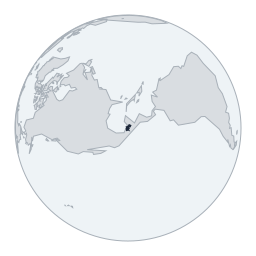 Tabasco highlighted on a globe, orthographic projection, rotated 293°
{"feature_id": "MEX-2725", "entity_name": "Tabasco", "entity_type": "State", "adm_level": 1, "iso_a3": "MEX", "parent_name": "Mexico", "parent_adm1": "", "projection": "orthographic", "projection_center": [-92.753, 17.95], "detail": "medium", "context": "on_globe", "style": "filled", "palette": "slate", "viewbox_px": 256, "rotation_deg": 293, "n_neighbors": 0, "source": "natural_earth", "source_scale": "10m", "svg_char_len": 9149}
<svg xmlns="http://www.w3.org/2000/svg" viewBox="0 0 256 256"><g transform="rotate(293 128 128)"><circle cx="128" cy="128" r="113" fill="#eef3f6" stroke="#a8b0b8"/><path d="M156.0,145.7L153.4,144.8L151.0,148.2L141.7,143.4L138.1,137.0L108.1,126.7L104.6,123.3L104.1,117.7L92.1,98.9L98.3,116.4L94.0,112.9L90.2,106.6L91.9,105.1L88.8,96.0L84.7,92.4L82.9,81.2L88.3,67.8L89.9,70.0L91.0,66.8L89.0,64.0L87.5,63.0L88.7,50.8L83.5,44.2L78.5,45.2L82.2,42.9L70.6,47.2L65.6,47.1L73.3,45.4L75.6,44.0L73.2,42.9L75.1,41.2L75.1,39.8L77.6,38.1L81.8,37.6L83.5,36.6L81.7,35.9L83.1,34.0L85.4,35.1L88.1,31.9L95.7,31.4L100.0,37.1L106.2,36.5L116.0,41.9L117.1,40.4L121.5,41.9L124.5,40.9L125.4,42.5L127.0,40.3L125.5,39.0L125.7,37.7L127.3,37.1L128.8,38.9L128.2,39.5L129.5,39.8L129.6,41.0L130.5,40.1L132.1,42.6L132.9,39.2L136.2,40.6L136.6,42.5L133.4,43.4L126.6,51.2L126.0,54.1L128.5,56.9L139.7,59.6L140.4,62.5L143.7,65.7L144.7,63.4L142.6,60.1L145.3,57.0L142.3,53.8L143.0,52.1L141.2,48.7L144.9,48.2L149.4,49.7L151.1,52.6L153.2,53.5L154.3,50.0L160.1,55.3L168.5,58.7L169.7,60.4L166.9,64.3L160.0,65.5L156.4,71.9L162.2,66.9L164.9,71.8L166.8,72.3L168.7,71.7L169.0,69.6L170.6,71.3L165.6,76.5L164.0,75.1L165.6,73.3L162.4,74.1L159.0,78.3L160.6,80.7L153.7,85.4L154.8,87.4L153.9,89.7L152.7,86.2L154.8,92.7L147.0,101.1L149.8,113.0L143.3,104.2L138.8,103.5L133.4,104.1L133.7,106.1L126.1,105.0L119.9,109.4L118.7,119.0L122.1,126.2L130.5,126.2L132.5,122.0L138.4,120.8L135.2,132.0L145.6,132.8L145.2,141.0L148.4,145.0L153.3,143.4L158.5,144.9L161.9,139.8L167.4,136.6L168.0,143.1L170.7,136.7L174.0,139.4L184.8,137.4L184.1,139.0L193.2,144.9L202.3,146.1L204.5,150.2L203.4,153.4L206.4,153.4L206.5,155.2L217.6,154.3L222.6,156.8L222.0,163.1L216.9,172.0L210.1,187.9L200.4,195.3L196.5,201.4L186.4,210.8L180.7,211.6L180.9,214.8L176.5,217.6L172.4,218.5L170.5,221.0L167.4,221.6L168.6,222.8L161.9,226.4L161.9,228.5L156.6,231.1L156.6,232.1L155.2,232.3L153.4,232.9L152.6,233.5L149.1,233.0L149.9,230.4L152.6,228.8L150.7,228.7L156.5,224.3L153.9,225.4L157.5,218.9L162.6,212.7L168.7,194.4L167.0,190.9L159.4,187.3L150.3,173.3L153.3,166.8L151.1,164.0L158.3,154.2L156.0,145.7ZM33.1,108.2L33.8,105.6L34.2,107.5L33.1,108.2ZM33.6,103.9L33.5,104.8L33.5,104.0L33.6,103.9ZM33.2,103.1L33.5,103.7L33.1,103.3L33.2,103.1ZM32.6,102.5L33.0,102.8L32.9,102.8L32.6,102.5ZM149.8,117.2L161.7,121.7L155.4,123.1L156.5,122.0L153.4,119.9L147.8,118.2L142.1,120.0L149.8,117.2ZM32.0,100.8L31.9,100.3L32.3,100.2L32.0,100.8ZM154.0,110.0L151.9,109.8L153.8,109.6L154.0,110.0ZM86.5,62.8L88.8,64.2L89.8,67.5L87.7,66.5L86.5,62.8ZM84.9,57.0L86.5,57.0L85.1,60.0L84.6,59.1L84.9,57.0ZM74.5,46.5L76.0,47.0L73.9,47.1L74.5,46.5ZM74.6,40.0L73.6,40.4L74.0,39.6L74.6,40.0ZM139.3,49.3L140.3,49.0L140.1,49.8L139.3,49.3ZM137.7,48.1L136.8,49.2L135.9,48.9L136.5,48.2L137.7,48.1ZM78.2,36.1L79.2,34.8L78.9,36.1L78.2,36.1ZM138.9,46.9L134.4,48.1L132.8,47.5L133.5,44.5L138.9,46.9ZM80.2,34.0L82.5,31.0L80.4,31.6L87.6,28.6L83.3,31.9L83.3,33.3L81.9,33.1L80.2,34.0ZM124.4,39.0L126.0,40.3L123.1,39.8L124.4,39.0ZM122.5,39.0L113.5,40.2L111.9,38.1L115.3,38.1L112.0,36.2L115.7,34.6L118.3,35.3L118.6,36.8L119.7,35.1L122.5,39.0ZM91.2,27.6L92.4,26.9L92.0,27.5L91.2,27.6ZM125.5,37.2L123.9,37.5L122.4,35.7L125.5,34.8L125.0,35.6L125.5,37.2ZM109.4,36.5L108.8,35.2L111.6,33.5L111.8,32.8L115.6,34.4L109.4,36.5ZM126.1,35.7L127.1,34.4L129.2,34.7L127.1,36.8L126.1,35.7ZM120.7,35.7L120.1,34.9L121.5,35.0L120.7,35.7ZM137.4,35.4L135.5,35.6L134.5,34.7L137.4,35.4ZM127.3,33.9L126.5,33.8L125.9,33.5L127.0,32.8L127.3,33.9ZM117.3,33.2L118.6,32.8L115.9,32.4L117.9,31.3L120.1,32.6L119.9,31.6L120.6,31.3L121.7,32.7L117.3,33.2ZM126.3,31.2L129.7,32.8L133.6,32.5L134.6,33.3L128.2,33.7L126.3,31.2ZM123.5,32.0L125.4,31.6L125.6,32.7L124.4,33.5L123.5,32.0ZM118.4,30.1L114.8,31.5L114.4,31.2L118.4,30.1ZM127.3,30.9L126.5,30.5L127.6,30.8L127.3,30.9ZM121.1,30.1L119.9,30.6L119.5,30.2L121.1,30.1ZM125.8,29.5L126.9,30.0L126.1,30.5L125.8,29.5ZM123.6,29.6L123.4,29.0L125.2,30.4L123.1,29.9L123.6,29.6ZM121.0,29.7L120.3,29.6L121.5,29.5L121.0,29.7ZM128.1,27.4L130.5,29.1L128.8,30.2L126.7,28.3L128.1,27.4ZM154.5,234.3L149.1,233.3L152.4,233.7L155.9,232.4L158.3,233.2L154.5,234.3ZM164.4,230.5L167.8,229.4L168.2,229.6L166.0,230.4L164.4,230.5ZM204.5,45.4L203.6,44.6L206.0,46.8L206.9,47.6L209.2,49.9L206.9,48.1L209.8,52.2L218.3,63.7L219.1,66.4L217.6,66.7L209.8,57.8L209.0,52.9L206.2,50.2L202.3,48.3L202.4,47.1L200.7,45.9L200.0,44.2L195.1,39.6L193.8,37.9L188.0,34.3L186.5,33.1L190.4,35.5L192.3,36.5L188.6,33.1L186.7,32.0L183.3,30.0L182.7,29.6L179.8,28.1L175.8,26.0L178.3,27.6L174.3,25.9L169.8,23.9L168.9,23.8L176.3,27.1L178.8,28.3L180.3,28.8L187.5,32.9L189.6,34.5L183.7,31.7L186.1,33.9L180.4,31.2L164.0,22.9L159.2,20.8L159.2,19.8L162.5,20.8L164.2,21.6L166.2,22.0L164.3,21.4L163.8,21.2L159.9,20.0L159.3,19.8L156.5,19.1L155.4,18.8L157.1,19.2L165.8,21.9L174.2,25.3L182.4,29.4L190.2,34.1L197.6,39.4L204.5,45.4ZM153.4,18.3L150.4,17.6L153.4,18.3ZM140.9,16.1L137.8,15.8L136.6,15.7L137.5,15.8L140.9,16.1ZM136.7,15.7L135.2,15.6L136.7,15.7ZM134.9,15.6L133.8,15.5L132.2,15.4L134.9,15.6ZM131.6,15.4L131.7,15.5L120.9,16.2L115.5,16.5L116.4,16.1L107.6,17.7L102.2,18.6L103.2,18.5L99.6,19.7L101.2,19.4L101.4,19.5L92.9,23.2L90.0,24.2L87.4,26.5L87.9,26.6L89.9,25.8L87.6,28.6L80.4,31.6L79.7,31.2L75.7,33.7L74.6,32.7L71.9,33.2L73.1,31.2L70.8,32.1L69.5,33.0L65.4,35.2L61.6,37.1L70.5,31.4L77.4,29.4L75.1,29.7L77.3,28.5L77.6,28.1L75.8,28.6L74.5,29.3L79.5,26.4L87.7,22.8L96.2,19.9L104.9,17.8L113.7,16.3L122.6,15.5L131.6,15.4ZM240.0,116.4L239.8,123.0L238.5,120.6L233.3,109.4L232.1,102.3L229.3,96.0L219.3,66.9L220.1,66.0L215.5,57.1L216.5,58.3L221.2,64.7L225.4,71.4L229.1,78.4L232.4,85.7L235.1,93.1L237.3,100.8L238.9,108.5L240.0,116.4ZM226.1,79.4L227.2,81.4L226.1,79.4ZM185.1,137.2L186.5,138.2L184.8,138.6L185.1,137.2ZM154.8,126.0L157.2,125.9L158.5,126.8L156.8,127.3L154.8,126.0ZM174.2,123.6L176.8,123.8L174.2,124.8L174.2,123.6ZM163.5,122.3L172.2,123.8L167.1,126.4L161.6,125.6L165.2,124.5L163.5,122.3ZM153.4,114.0L154.9,114.4L154.6,115.6L153.4,114.0ZM155.3,109.9L154.8,110.1L153.9,109.2L155.3,109.9ZM165.2,71.4L165.7,71.1L167.7,70.9L167.0,71.9L165.2,71.4ZM174.9,65.6L177.4,68.4L175.2,66.9L174.7,68.6L169.5,67.9L170.0,61.2L170.7,64.3L174.9,65.6ZM162.7,65.6L165.9,66.5L162.3,65.8L162.7,65.6ZM192.2,41.7L193.2,41.7L195.4,43.4L197.1,46.5L193.9,43.9L192.2,41.7ZM194.2,41.4L187.9,38.3L186.6,36.6L188.4,38.0L188.2,37.2L191.0,39.3L196.0,41.1L198.3,42.8L200.1,46.9L198.2,44.5L197.3,44.5L194.2,41.4ZM174.0,36.2L171.3,35.7L172.1,32.6L174.5,33.5L176.3,36.3L174.5,36.9L174.0,36.2ZM141.0,41.7L139.9,42.3L139.5,41.7L140.1,40.7L141.0,41.7ZM136.6,35.6L145.4,38.9L144.6,39.7L150.7,41.2L151.0,43.7L147.0,42.6L151.7,45.9L148.2,45.9L151.7,48.1L142.8,45.3L139.9,45.7L143.1,44.2L142.9,41.7L142.0,40.8L137.1,38.6L130.7,38.7L129.5,36.5L130.4,35.0L131.8,34.7L132.1,36.1L133.7,34.7L135.2,36.5L136.6,35.6ZM141.6,23.1L141.4,24.1L144.8,22.9L146.3,24.2L146.7,24.0L149.0,24.9L152.4,25.7L152.6,26.4L153.9,26.4L155.5,27.2L157.2,27.5L158.2,28.9L160.5,29.5L159.7,29.9L163.3,30.6L161.1,30.7L162.9,31.9L164.1,31.2L165.3,39.2L167.6,43.0L170.6,46.4L166.4,46.5L160.9,43.6L155.4,39.7L153.8,36.2L152.2,37.1L151.0,35.7L152.8,35.6L149.3,35.0L148.8,33.9L143.8,31.4L139.1,31.6L137.2,30.9L138.8,30.3L135.8,29.9L137.4,28.4L136.1,27.8L136.4,25.9L140.2,25.3L138.4,24.8L138.5,23.6L141.6,23.1ZM128.3,26.8L132.5,25.4L135.4,25.6L133.7,28.9L134.7,29.6L133.7,32.1L129.5,31.9L130.2,31.2L129.8,30.5L131.3,30.8L129.9,30.0L130.8,29.1L129.9,28.2L131.5,28.0L128.3,26.8ZM211.5,52.8L210.9,52.0L213.3,54.5L213.7,55.1L211.5,52.8ZM208.5,49.6L210.7,51.8L209.8,50.9L208.5,49.6ZM189.6,34.8L188.6,34.0L189.3,34.4L190.8,35.3L189.6,34.8ZM152.2,21.0L151.6,21.3L150.8,21.1L147.7,21.2L146.3,20.4L147.7,20.1L152.2,21.0ZM150.1,20.2L149.0,20.3L149.0,19.9L150.1,20.2ZM145.1,19.9L144.8,19.4L145.8,20.4L145.1,19.9ZM136.8,16.1L142.7,16.6L146.0,16.9L146.4,16.9L148.3,17.4L143.2,16.8L136.8,16.1ZM123.0,16.1L122.7,16.5L121.1,16.5L121.0,16.4L123.0,16.1ZM124.0,16.2L126.7,16.6L125.4,16.9L123.5,16.5L124.0,16.2ZM138.6,17.7L140.5,17.8L140.4,18.1L138.6,17.7ZM91.5,26.9L92.3,26.9L91.1,27.3L91.5,26.9ZM102.4,19.3L102.4,19.5L100.9,19.9L102.4,19.3ZM101.7,20.4L103.3,19.8L102.1,20.5L101.7,20.4ZM107.0,18.7L104.2,19.6L106.1,18.7L107.0,18.7Z" fill="#d9dde1" stroke="#a8b0b8" stroke-width="1"/><path d="M131.3,127.9L131.3,129.4L130.5,129.4L130.6,129.2L130.4,129.1L130.3,128.9L130.1,128.8L130.0,128.6L129.8,128.4L129.8,128.2L129.7,128.1L129.4,128.1L129.3,128.3L129.1,128.3L128.8,128.5L128.7,128.5L128.1,129.1L127.9,129.1L127.7,128.8L127.5,128.5L127.5,128.4L127.6,128.2L127.4,128.1L127.2,128.0L127.0,127.9L127.0,128.0L126.8,128.6L126.7,128.7L126.6,128.8L126.4,129.1L126.4,128.8L126.3,128.7L126.2,128.5L125.9,128.4L125.7,128.2L125.6,127.9L125.5,127.7L125.4,127.6L125.9,127.3L126.1,127.4L126.2,127.2L126.3,127.2L126.5,127.1L126.4,127.1L126.0,127.3L126.1,127.2L126.5,127.1L127.2,127.0L127.3,127.1L127.7,127.0L127.8,127.0L128.0,126.8L128.1,126.7L128.1,126.8L128.1,127.0L128.2,126.8L128.1,126.7L128.3,126.7L128.5,126.6L128.6,126.8L128.7,127.0L129.1,127.0L129.1,127.6L129.3,127.7L129.5,127.8L129.6,128.0L130.1,128.0L130.1,127.9L130.2,127.7L130.4,127.7L130.7,127.8L130.8,127.9L131.0,127.9L131.3,127.9Z" fill="#64748b" stroke="#1e293b" stroke-width="1.5"/></g></svg>